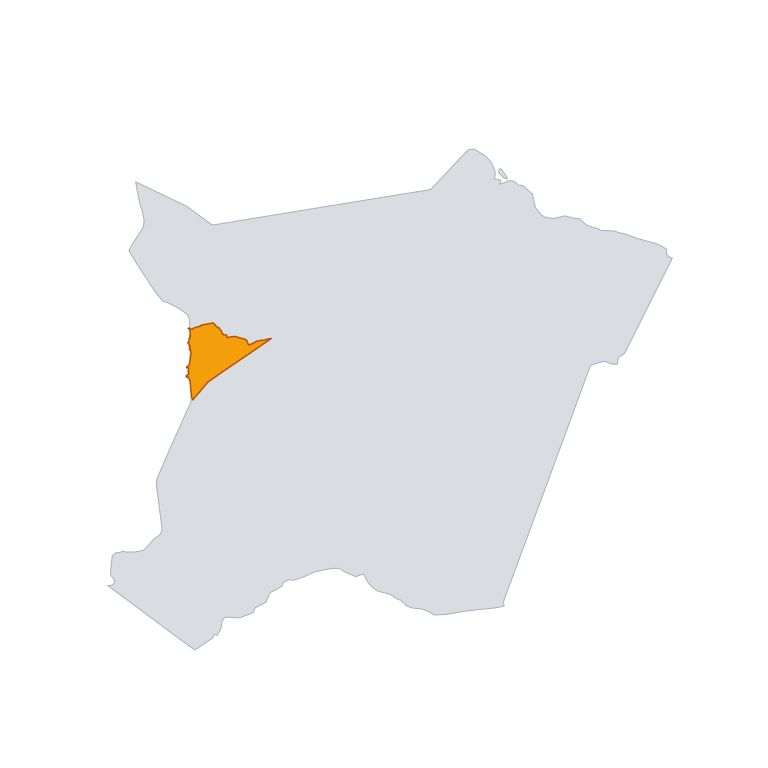 location of Moyale, Eastern, Kenya, rotated 261°
{"feature_id": "3690345B29556459221230", "entity_name": "Moyale", "entity_type": "district", "adm_level": 2, "iso_a3": "KEN", "parent_name": "Kenya", "parent_adm1": "Eastern", "projection": "orthographic", "projection_center": [39.031, 2.902], "detail": "fine", "context": "in_parent", "style": "filled", "palette": "amber", "viewbox_px": 768, "rotation_deg": 261, "n_neighbors": 0, "source": "geoboundaries", "source_scale": "gbopen_adm2", "svg_char_len": 7757}
<svg xmlns="http://www.w3.org/2000/svg" viewBox="0 0 768 768"><g transform="rotate(261 384 384)"><path d="M145.7,467.9L145.5,457.7L146.9,431.8L146.7,409.0L148.0,397.6L153.6,390.4L156.2,385.2L158.1,377.8L161.0,371.9L167.7,367.0L168.9,364.4L175.9,356.3L180.2,345.8L183.4,342.3L187.4,339.0L190.2,337.3L194.8,335.6L198.5,334.6L199.1,333.8L199.4,332.1L198.2,325.6L199.8,323.5L202.3,319.2L205.1,315.1L207.7,312.6L209.1,309.9L209.8,305.4L209.9,302.1L209.9,296.9L209.1,284.9L206.1,274.8L204.3,263.6L205.7,259.9L203.4,253.3L202.2,252.9L200.3,251.5L197.8,245.2L196.0,239.6L194.9,238.1L186.9,233.2L183.0,221.5L178.5,218.8L176.2,207.2L175.7,203.9L178.3,192.3L178.1,189.7L175.4,187.2L167.9,184.7L161.9,179.9L162.7,178.2L163.1,176.5L160.0,175.3L150.8,155.5L162.8,143.6L175.0,131.6L190.5,116.4L204.8,102.5L217.1,90.4L228.1,79.6L227.9,81.7L227.9,84.4L229.3,86.1L231.5,87.3L234.6,86.1L237.4,84.4L240.0,84.1L256.5,88.6L259.2,92.5L259.0,96.7L259.7,99.8L258.4,102.9L257.0,112.1L257.4,120.7L262.2,127.0L266.6,132.0L270.1,138.9L272.7,141.1L276.3,142.2L287.6,142.5L304.4,143.0L320.5,143.4L322.0,143.6L325.4,144.6L340.2,154.0L353.8,162.6L365.3,170.1L376.5,177.4L387.3,184.4L395.8,190.3L404.1,192.1L417.6,193.0L426.9,193.2L435.6,195.7L448.4,198.0L458.0,199.2L463.8,200.5L479.9,201.9L482.6,201.1L489.6,194.6L497.6,184.0L500.7,178.2L510.9,172.4L528.9,164.3L541.6,158.6L555.7,152.9L562.1,157.8L571.0,165.8L575.0,169.7L578.2,171.4L583.0,172.6L588.8,172.6L592.0,172.4L598.5,171.3L613.8,170.4L622.5,170.4L615.2,181.0L606.5,193.6L590.3,217.0L578.0,229.2L568.6,238.5L567.8,240.2L567.8,250.5L568.0,275.7L568.2,326.2L568.5,376.6L568.7,427.0L568.7,452.1L568.8,460.6L577.0,471.2L585.0,481.5L595.6,495.1L601.2,502.5L602.2,504.9L601.9,509.8L593.1,520.1L586.0,524.7L576.4,527.0L573.5,526.6L569.7,525.1L568.2,527.6L567.1,531.4L565.0,530.6L563.4,529.5L564.4,536.3L565.3,539.6L563.9,544.1L559.2,548.1L558.8,551.5L548.7,560.2L534.3,561.2L526.8,565.6L523.5,569.1L520.9,576.9L521.8,588.9L517.8,598.0L517.0,602.6L509.6,608.6L506.3,614.1L503.9,619.6L501.8,622.1L499.3,634.5L495.8,642.1L494.9,644.6L494.0,646.8L491.4,651.3L489.6,654.3L488.4,656.3L479.7,675.6L472.9,684.4L467.5,683.4L464.0,686.8L463.6,688.4L461.7,687.5L457.2,684.3L448.1,677.7L438.9,671.1L429.8,664.6L420.6,658.0L411.4,651.4L402.2,644.9L393.1,638.3L383.9,631.7L378.5,627.8L376.1,625.6L374.3,621.0L373.3,619.9L370.9,618.5L368.0,618.1L367.2,617.3L367.2,615.1L368.2,611.9L371.6,605.9L371.9,602.4L371.3,598.3L370.2,591.9L369.3,590.4L363.2,587.0L350.5,579.9L337.7,572.8L325.0,565.7L312.2,558.6L299.5,551.4L286.7,544.3L274.0,537.2L261.2,530.1L248.5,522.9L235.7,515.8L223.0,508.6L210.2,501.5L197.5,494.3L184.8,487.2L172.0,480.0L159.3,472.9L154.5,470.2L150.2,467.9L145.7,467.9ZM569.6,537.5L567.4,538.0L568.6,534.6L575.1,530.2L577.8,531.2L578.3,532.2L578.2,533.1L577.0,534.0L569.6,537.5Z" fill="#d9dde1" stroke="#a8b0b8" stroke-width="1"/><path d="M446.2,268.4L446.3,268.2L446.3,267.9L446.3,267.7L446.4,267.4L446.4,267.0L446.4,266.8L446.4,266.7L446.3,266.4L446.2,266.2L446.2,265.5L446.2,265.4L446.1,265.2L446.1,264.8L446.1,264.6L446.0,264.4L445.9,264.2L445.8,263.9L445.7,263.9L445.6,263.6L445.6,263.4L445.3,262.8L445.2,262.6L445.2,262.4L445.2,262.2L445.0,261.6L444.8,261.3L444.7,260.9L444.6,260.7L444.5,260.4L444.5,260.2L444.4,259.9L444.4,259.6L444.3,259.2L444.2,259.1L444.1,258.9L444.1,258.7L444.0,258.4L444.0,258.2L443.9,257.5L443.9,257.0L443.8,256.8L443.6,256.4L444.9,256.1L446.2,255.8L446.7,255.6L447.7,255.4L448.3,255.2L448.6,255.1L448.8,255.1L449.1,255.0L449.2,254.7L450.0,253.5L450.1,253.2L450.3,252.9L450.6,252.5L450.8,251.8L451.0,251.5L451.9,249.2L452.0,249.0L452.3,248.4L452.4,248.0L452.6,247.6L452.7,247.4L453.0,247.2L453.3,246.9L453.3,246.7L453.3,246.3L453.3,246.1L453.4,245.8L453.5,245.6L453.6,245.4L453.9,245.1L454.1,245.0L454.1,244.9L454.1,244.6L454.4,242.5L454.4,242.2L454.5,240.8L454.5,240.6L454.4,236.5L454.4,236.2L455.1,236.2L455.6,236.2L456.1,236.2L456.4,236.2L456.7,236.1L456.8,236.1L457.1,236.1L457.1,235.6L457.2,235.4L457.2,235.1L457.3,234.6L457.4,234.3L457.5,234.0L457.6,233.8L457.7,233.7L457.8,233.3L457.9,233.2L458.0,233.1L458.3,233.0L458.5,232.9L458.8,232.7L459.0,232.3L459.1,232.1L459.3,232.0L459.3,231.9L459.5,231.9L460.4,231.8L461.4,231.8L461.9,231.8L462.1,231.5L462.2,231.3L462.3,231.2L462.5,231.1L462.9,230.8L463.0,230.7L463.4,230.5L463.5,230.4L463.8,230.4L464.3,230.2L464.5,230.1L464.8,230.0L465.0,230.0L465.2,229.9L465.3,229.8L465.3,229.5L465.3,229.4L465.5,229.2L466.3,228.3L466.8,227.9L467.2,227.5L467.4,227.3L467.6,227.0L467.7,226.9L468.9,226.3L469.1,226.3L469.4,226.1L469.6,226.0L469.8,225.8L470.2,225.6L470.5,225.4L470.8,225.1L471.0,225.0L471.0,224.9L471.0,224.0L471.0,223.3L471.0,222.3L471.0,221.0L470.9,219.6L470.9,218.8L470.9,216.9L470.8,214.3L470.8,214.1L470.7,213.5L470.6,212.8L470.6,212.6L470.5,212.4L470.4,212.2L470.1,212.0L470.0,211.9L469.9,211.5L469.9,211.1L469.8,210.9L469.8,210.5L469.8,210.3L469.6,209.2L469.6,208.6L469.3,206.5L469.2,206.2L469.1,204.9L469.0,204.7L468.9,204.5L468.8,204.3L468.6,204.2L468.3,203.6L468.3,203.4L468.3,203.2L468.2,203.0L468.2,202.8L468.2,202.7L468.4,202.2L468.5,201.9L468.9,201.4L469.1,201.1L469.3,201.0L469.4,200.8L469.4,200.7L469.5,200.4L469.6,200.2L469.8,199.8L469.8,199.7L469.7,199.5L469.6,199.4L469.4,199.3L469.2,199.5L469.0,199.9L468.9,200.0L468.5,200.5L468.3,200.6L468.1,200.6L467.8,200.4L467.6,200.4L467.2,200.5L466.9,200.6L466.4,200.8L466.2,200.9L465.9,200.8L465.6,200.7L465.3,200.7L465.0,200.7L464.7,200.6L464.3,200.5L464.1,200.5L464.0,200.4L463.7,200.3L463.4,200.4L462.7,200.4L462.2,200.5L461.8,200.5L461.7,200.4L461.6,200.0L461.6,199.7L461.1,199.8L460.9,199.8L460.6,199.7L460.1,199.5L459.7,199.2L459.4,199.2L459.3,198.8L459.3,198.6L459.2,198.6L458.8,198.6L458.7,198.5L458.4,198.5L458.1,198.5L457.8,198.4L457.4,198.2L456.7,197.9L456.2,197.5L456.1,197.3L455.8,197.1L455.7,196.9L455.6,196.7L455.4,196.8L455.2,196.8L455.0,197.0L455.0,197.3L454.9,197.3L454.7,197.3L454.7,197.5L454.3,197.5L454.1,197.6L453.8,197.8L453.6,197.9L453.3,197.8L453.0,197.7L452.9,197.6L452.5,197.5L452.2,197.8L451.6,197.8L451.6,198.5L451.4,198.6L451.2,198.4L451.1,198.2L450.8,198.2L450.6,197.7L450.3,197.9L450.0,197.8L449.8,197.8L449.4,197.7L449.2,197.7L448.9,197.3L448.6,197.4L448.4,197.2L448.3,197.3L447.9,197.6L447.9,197.8L447.9,198.2L446.1,198.3L444.7,198.4L443.9,198.0L442.5,197.6L441.3,197.2L440.8,197.0L438.5,196.4L433.7,194.9L433.3,194.8L433.2,194.4L433.2,194.2L432.0,192.5L431.8,191.8L431.7,191.7L431.3,191.6L430.8,191.9L431.0,192.6L430.6,193.1L430.4,193.5L430.0,193.3L428.8,193.1L427.9,192.9L427.7,193.0L427.5,192.8L427.4,192.6L427.3,192.4L427.1,192.4L427.1,192.5L426.9,192.6L426.8,192.8L425.4,192.7L425.2,192.9L425.1,192.7L424.8,192.5L424.6,192.6L424.4,192.3L424.1,192.3L424.0,192.2L423.9,191.7L423.5,191.0L423.5,190.6L423.0,190.3L422.8,189.9L421.7,190.0L421.6,190.5L421.8,190.6L421.8,190.8L421.8,191.0L421.8,191.3L421.8,191.5L421.4,191.7L420.8,191.8L419.3,192.3L417.4,193.0L415.2,192.8L413.4,192.7L409.8,192.4L406.2,192.2L404.7,192.1L403.2,192.0L402.0,191.9L401.6,191.9L401.0,192.0L399.7,192.3L399.4,192.4L399.2,192.4L398.7,192.4L398.3,192.7L410.5,207.0L413.7,210.7L414.0,211.4L414.3,212.1L418.5,220.7L420.4,224.6L420.7,225.3L422.2,228.4L422.6,229.2L423.3,230.8L429.0,242.8L434.6,254.7L439.5,265.0L440.5,267.0L440.9,268.0L441.9,270.0L442.3,270.8L443.1,272.5L443.4,273.2L443.8,274.0L445.6,277.8L446.2,278.9L446.5,279.6L446.8,280.2L446.7,279.9L446.6,279.6L446.6,279.3L446.6,279.1L446.6,278.7L446.6,277.9L446.6,277.6L446.6,277.2L446.6,276.8L446.6,276.5L446.6,276.2L446.6,275.6L446.5,275.4L446.5,275.1L446.4,274.6L446.3,274.0L446.1,273.4L446.1,272.7L446.0,272.3L445.9,272.1L445.9,271.9L446.0,271.7L446.1,271.3L446.1,271.1L446.3,270.6L446.4,270.4L446.5,270.2L446.3,269.2L446.3,268.8L446.3,268.7L446.2,268.5L446.2,268.4Z" fill="#f59e0b" stroke="#b45309" stroke-width="1.5"/></g></svg>